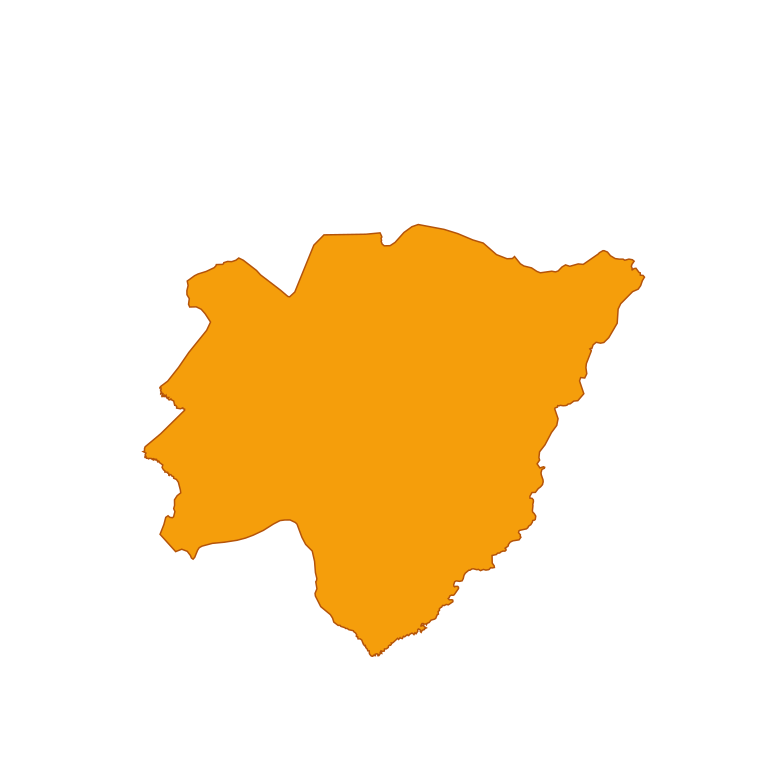 Pangi, Maniema, Democratic Republic of the Congo, rotated 47°
{"feature_id": "63176286B98681964412172", "entity_name": "Pangi", "entity_type": "district", "adm_level": 2, "iso_a3": "COD", "parent_name": "Democratic Republic of the Congo", "parent_adm1": "Maniema", "projection": "orthographic", "projection_center": [26.781, -3.132], "detail": "fine", "context": "isolated", "style": "filled", "palette": "amber", "viewbox_px": 768, "rotation_deg": 47, "n_neighbors": 0, "source": "geoboundaries", "source_scale": "gbopen_adm2", "svg_char_len": 6170}
<svg xmlns="http://www.w3.org/2000/svg" viewBox="0 0 768 768"><g transform="rotate(47 384 384)"><path d="M420.7,170.0L419.8,174.1L420.1,179.5L419.0,182.1L415.9,184.4L409.3,193.8L405.9,195.4L399.7,196.9L393.1,201.2L389.1,202.3L379.8,201.6L379.8,204.5L376.3,208.6L366.1,213.5L348.6,215.3L339.2,220.8L324.3,227.5L311.9,234.6L290.7,250.2L288.0,256.3L286.8,266.1L288.0,279.3L287.0,285.2L283.1,289.6L280.3,289.9L277.6,288.7L277.3,287.8L275.3,286.7L275.3,285.8L274.7,285.1L270.8,283.8L262.1,295.1L234.0,326.2L234.6,340.6L255.9,386.5L255.9,393.5L254.5,394.6L244.9,395.7L219.9,399.9L214.0,399.8L197.5,402.5L192.8,404.3L192.5,407.8L191.1,411.0L190.6,412.0L187.7,414.8L186.0,418.4L186.5,419.2L186.4,420.5L182.3,425.2L182.9,426.1L183.1,428.9L180.4,437.3L176.7,445.0L175.6,448.7L174.5,457.7L178.4,460.1L181.3,464.5L184.3,467.2L188.8,468.2L192.4,472.6L195.2,473.6L199.5,468.7L204.7,466.7L210.6,466.9L220.4,468.6L223.8,477.1L227.8,505.2L231.8,523.2L234.4,540.3L233.5,548.6L233.7,550.3L234.0,550.5L234.0,549.7L234.6,549.7L236.1,550.9L236.0,551.4L236.7,552.1L238.1,552.2L238.6,553.0L238.4,553.5L238.9,554.0L239.1,552.9L240.0,552.2L240.5,552.3L240.3,553.1L241.3,554.8L241.8,554.9L241.5,553.2L242.3,553.0L242.8,553.7L243.3,553.4L243.2,553.0L242.7,553.0L242.6,552.2L243.8,552.4L243.6,551.1L245.6,552.2L246.5,552.3L246.3,551.4L246.9,550.8L246.9,551.6L248.9,552.1L249.6,551.3L249.6,550.0L250.7,550.2L253.0,549.4L256.8,551.6L257.4,551.0L259.1,551.0L260.2,552.1L263.4,549.7L264.2,547.4L265.3,547.8L266.4,547.0L267.2,547.7L268.1,581.3L267.0,601.5L267.9,603.2L269.8,604.9L269.2,606.2L272.2,605.2L273.0,607.2L274.5,607.4L274.2,608.6L274.7,608.9L275.7,608.1L276.4,608.3L277.5,607.2L278.1,607.3L278.5,606.2L279.9,604.9L280.6,604.5L281.0,605.0L281.4,604.8L281.6,603.3L282.0,603.3L282.5,604.0L282.9,602.9L283.5,603.0L283.6,602.0L284.0,601.8L284.4,602.3L286.2,601.7L286.1,602.4L286.6,602.6L287.3,601.3L288.2,601.8L292.3,601.0L293.7,603.2L296.3,603.8L298.1,603.5L298.9,604.3L301.0,602.5L301.5,603.0L302.7,602.5L303.9,603.6L304.4,603.5L304.3,602.5L304.9,601.7L306.7,601.9L308.2,601.1L309.5,602.1L312.2,600.9L315.6,601.4L322.6,605.2L325.0,606.9L324.6,611.4L325.8,616.2L330.0,620.0L331.7,622.8L334.7,623.9L337.6,628.4L337.5,629.9L335.4,631.6L333.1,631.8L332.7,634.6L336.6,640.7L341.2,650.3L364.5,650.7L366.9,644.6L372.2,642.0L377.3,642.5L379.9,643.5L381.9,643.1L381.7,640.7L378.4,633.6L377.7,630.7L378.5,627.6L383.5,618.2L390.8,608.7L398.1,598.0L402.2,590.4L405.3,582.9L408.8,572.0L411.0,560.3L413.0,553.2L415.8,549.3L419.4,545.4L424.8,543.3L427.2,543.2L440.2,548.6L447.9,550.7L457.2,550.4L466.3,555.7L475.2,562.8L480.5,565.8L481.8,567.5L482.1,568.8L488.0,572.7L490.1,577.2L492.3,578.8L503.7,582.1L516.1,580.5L520.2,581.3L523.9,583.1L529.2,582.2L530.7,580.7L531.8,580.9L535.5,578.8L536.6,578.8L537.7,577.6L539.7,577.3L543.5,574.7L544.6,575.0L546.6,574.6L548.8,575.0L549.5,576.3L550.1,576.3L550.8,575.6L552.7,576.8L554.2,575.2L556.2,574.9L559.2,576.2L559.7,576.0L560.3,576.6L562.3,576.7L562.5,576.0L564.5,577.1L566.2,577.0L568.1,577.8L569.0,576.8L571.3,578.6L573.7,578.9L575.0,578.4L575.5,577.7L575.3,576.5L576.0,575.8L576.6,575.9L576.8,575.6L575.7,574.8L576.4,573.2L576.9,573.0L578.7,573.7L579.1,572.9L578.2,572.4L578.9,571.8L578.5,570.1L579.5,569.4L578.8,569.0L577.7,569.7L577.1,568.1L578.4,567.6L579.5,565.9L578.1,564.3L579.3,562.9L579.5,561.6L579.6,560.5L578.7,559.4L578.8,558.0L579.5,557.5L579.5,556.6L579.2,555.8L578.4,555.3L579.1,554.7L579.3,553.2L579.3,547.5L580.8,547.5L580.5,545.3L580.9,545.4L582.7,544.2L581.8,541.9L583.0,541.3L583.2,538.0L584.5,537.9L584.9,537.3L584.5,536.3L585.1,533.8L585.8,533.1L587.7,533.0L587.1,531.0L588.5,530.9L587.9,527.9L586.7,527.0L586.6,525.9L588.1,525.2L589.0,525.4L589.8,526.3L591.0,526.2L590.2,524.1L591.1,521.9L590.6,521.4L591.2,519.4L589.0,520.1L587.4,519.6L586.3,522.0L585.6,521.5L585.6,520.2L585.1,519.7L585.8,518.7L586.9,518.5L588.1,516.9L589.0,517.1L588.4,515.8L589.2,513.7L588.8,510.6L590.3,507.7L590.7,506.1L589.1,502.6L589.4,501.1L587.4,499.7L587.4,497.8L586.2,496.9L586.1,495.0L586.5,494.1L585.9,492.2L587.2,490.9L587.6,488.9L589.4,487.5L590.2,482.1L589.0,481.1L588.2,481.4L586.4,483.4L584.7,483.4L584.7,482.1L583.9,480.4L584.4,478.7L585.7,477.5L586.0,476.4L584.4,469.0L583.4,468.1L582.3,468.1L580.9,469.5L580.5,470.7L579.7,470.8L578.3,469.9L576.8,467.1L577.3,465.4L579.9,463.3L581.2,461.1L580.4,458.8L578.5,456.0L577.8,453.6L578.0,449.0L578.8,448.2L579.2,445.9L580.2,444.6L583.2,442.7L583.9,441.4L586.3,440.7L587.4,437.8L589.6,436.4L591.1,434.2L591.3,433.5L591.1,431.2L592.2,430.5L593.5,428.4L592.0,427.4L588.8,427.0L583.1,421.9L585.4,418.0L585.1,416.5L586.5,414.6L586.5,413.1L587.3,411.0L588.7,409.5L588.8,408.2L588.0,407.4L586.9,407.6L586.6,407.2L587.2,404.2L587.0,403.3L586.3,402.7L585.7,399.6L586.6,396.7L590.1,391.5L589.4,388.3L588.4,388.3L587.3,387.1L584.5,387.0L583.5,385.6L583.6,384.5L587.1,378.6L587.2,376.8L586.6,375.2L587.0,372.6L586.3,370.0L585.3,368.3L586.2,366.7L586.2,365.7L584.1,363.1L581.2,362.5L579.2,362.6L578.0,362.0L574.6,358.1L573.6,357.4L572.0,355.0L570.6,353.8L568.6,353.7L567.0,355.1L565.6,353.9L564.3,349.8L566.5,347.2L565.7,342.5L566.0,339.6L565.6,336.1L565.5,336.6L564.2,334.4L562.6,333.1L557.7,330.9L556.0,329.7L554.2,326.8L555.0,324.2L554.5,323.3L553.3,323.8L551.7,327.2L546.8,326.5L545.8,322.1L543.5,320.9L539.7,316.5L538.3,307.8L533.7,294.6L532.1,285.9L528.1,280.4L518.6,276.1L518.2,275.1L519.2,272.9L518.3,271.7L519.4,270.8L519.8,269.6L522.1,267.8L523.7,265.8L524.3,264.5L524.2,263.1L525.5,261.3L525.9,256.9L528.4,253.6L527.4,244.5L515.1,238.9L513.4,235.8L516.5,233.1L514.8,228.7L509.8,225.2L507.1,222.1L501.3,210.1L500.9,209.6L498.7,209.5L498.9,208.5L499.8,207.8L498.0,204.4L498.2,200.4L501.8,197.8L503.6,194.9L503.4,188.0L498.6,172.0L488.9,161.7L486.7,156.1L486.0,139.2L488.0,133.4L487.1,129.2L484.6,124.5L483.5,120.6L481.3,120.5L479.2,122.3L477.5,120.8L476.3,121.4L471.2,120.8L470.1,122.4L470.0,124.4L469.6,124.7L468.6,123.6L466.8,123.0L465.6,121.1L464.8,117.3L462.5,117.6L459.7,119.7L457.7,123.5L455.7,124.0L453.1,126.8L449.9,129.4L444.6,130.9L439.9,130.6L436.6,132.1L435.8,133.0L434.9,136.9L435.0,138.9L432.4,156.7L428.6,160.1L424.6,167.9L420.7,170.0Z" fill="#f59e0b" stroke="#b45309" stroke-width="1.5"/></g></svg>